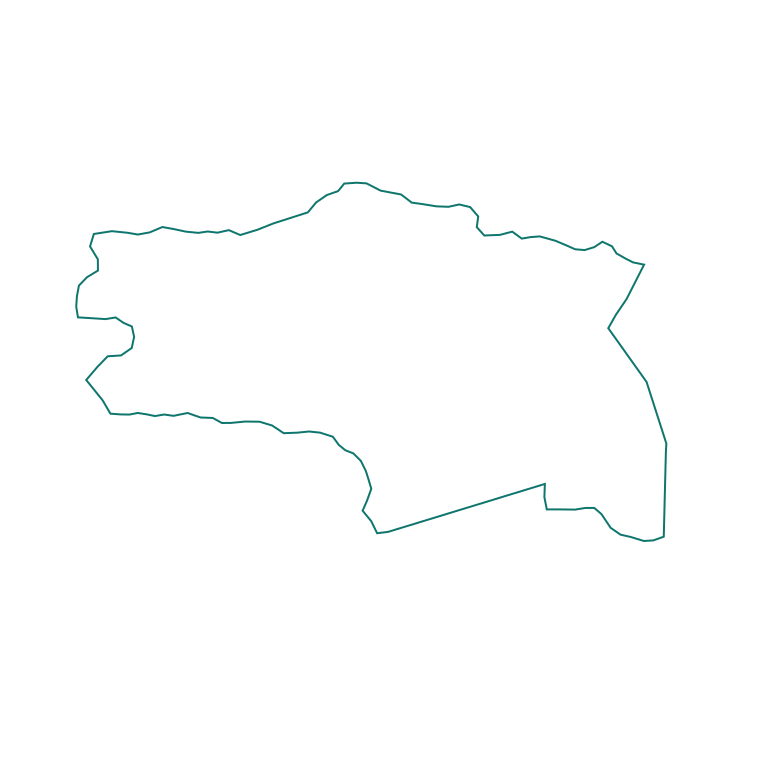 Piraí do Norte, Bahia, Brazil, rotated 73°
{"feature_id": "56859067B87975960795932", "entity_name": "Piraí do Norte", "entity_type": "district", "adm_level": 2, "iso_a3": "BRA", "parent_name": "Brazil", "parent_adm1": "Bahia", "projection": "mercator", "projection_center": [-39.385, -13.812], "detail": "fine", "context": "isolated", "style": "outline", "palette": "teal", "viewbox_px": 768, "rotation_deg": 73, "n_neighbors": 0, "source": "geoboundaries", "source_scale": "gbopen_adm2", "svg_char_len": 1665}
<svg xmlns="http://www.w3.org/2000/svg" viewBox="0 0 768 768"><g transform="rotate(73 384 384)"><path d="M155.7,617.6L166.5,624.9L181.1,621.2L191.9,624.4L195.0,636.7L200.7,647.0L210.3,652.0L220.0,655.7L230.8,657.2L235.5,644.6L240.5,631.4L241.9,621.2L249.4,615.2L255.3,608.3L265.9,609.2L275.8,614.7L279.8,627.2L276.7,640.1L283.8,653.0L293.1,667.6L317.2,657.9L332.4,654.3L336.0,645.0L338.8,636.4L339.7,628.0L343.7,619.7L347.7,612.4L348.9,603.2L352.9,594.6L354.3,580.3L362.4,569.2L366.4,557.7L373.9,550.4L376.5,541.6L379.3,527.8L383.7,514.0L391.0,503.1L401.7,494.3L405.2,481.1L407.5,469.6L411.8,459.4L419.5,448.3L428.9,445.1L436.0,440.4L441.4,433.6L450.8,428.6L461.9,426.8L470.4,426.7L480.5,426.8L490.8,434.5L498.9,441.5L511.5,436.3L524.7,434.2L526.6,423.4L526.6,352.3L526.6,297.7L526.6,259.4L539.1,263.7L551.5,265.0L555.6,251.7L560.0,237.9L561.4,227.7L564.0,219.1L572.0,214.1L587.8,209.3L597.2,201.9L602.4,192.8L610.1,181.4L612.3,172.2L611.8,161.1L532.0,134.5L523.5,131.4L458.8,132.3L396.2,153.2L385.6,142.0L373.6,127.1L345.9,100.4L340.5,110.3L334.3,116.7L327.1,123.5L319.0,125.7L311.8,133.6L314.6,142.9L314.6,152.9L311.1,161.7L305.6,168.1L297.2,178.1L288.4,191.9L286.4,200.7L285.2,209.8L275.8,216.8L275.3,229.5L271.3,244.7L261.1,249.4L251.3,244.9L240.0,249.9L234.3,259.6L233.4,270.5L229.4,282.0L223.5,294.0L218.6,304.5L207.8,312.2L198.1,330.7L187.0,342.1L183.5,351.4L180.7,363.4L186.1,371.5L186.6,383.5L190.5,395.8L197.6,406.6L198.1,442.9L199.5,460.0L199.5,477.9L191.5,487.4L190.6,499.0L186.6,508.1L185.2,517.3L180.4,528.9L174.5,539.5L169.1,550.0L170.5,563.8L169.1,575.7L164.5,584.8L158.3,599.5L155.7,617.6Z" fill="none" stroke="#0f766e" stroke-width="2"/></g></svg>